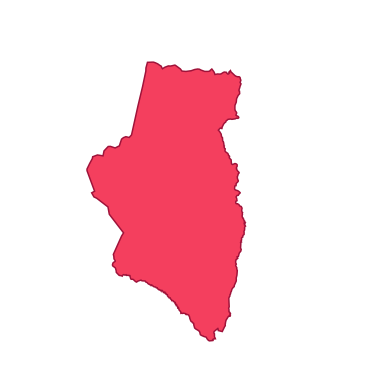 the district of Ulma, Suceava, Romania, rotated 321°
{"feature_id": "2599482B36214324611415", "entity_name": "Ulma", "entity_type": "district", "adm_level": 2, "iso_a3": "ROU", "parent_name": "Romania", "parent_adm1": "Suceava", "projection": "albers", "projection_center": [25.264, 47.853], "detail": "fine", "context": "isolated", "style": "filled", "palette": "rose", "viewbox_px": 384, "rotation_deg": 321, "n_neighbors": 0, "source": "geoboundaries", "source_scale": "gbopen_adm2", "svg_char_len": 6038}
<svg xmlns="http://www.w3.org/2000/svg" viewBox="0 0 384 384"><g transform="rotate(321 192 192)"><path d="M239.0,63.2L234.3,66.6L232.2,69.0L219.9,79.0L203.9,91.3L180.9,109.6L177.5,110.1L175.4,107.4L172.9,106.6L170.5,106.6L164.6,110.4L160.0,109.4L157.3,105.2L155.5,103.9L149.5,104.7L145.6,107.9L141.8,103.7L137.0,102.1L135.6,103.3L130.3,105.5L124.8,108.1L123.8,109.4L116.8,130.1L113.5,129.5L112.7,134.1L114.0,136.8L117.3,150.7L113.7,157.3L113.1,180.7L109.6,181.9L91.6,191.0L90.7,192.9L89.3,194.9L89.1,197.0L88.9,197.4L88.4,197.6L86.7,197.3L86.0,197.4L84.6,198.3L84.1,198.9L83.9,199.8L84.6,202.4L84.6,203.0L83.6,205.3L82.6,206.8L82.6,207.3L82.9,210.8L83.2,211.3L84.5,212.7L84.8,213.5L86.4,213.0L86.7,213.1L87.0,213.3L87.5,214.3L88.8,214.8L88.8,215.2L88.5,215.4L88.6,215.6L89.3,216.0L90.3,217.0L90.5,217.5L91.1,217.7L91.1,218.1L90.4,219.3L89.7,221.0L90.0,221.7L90.9,222.4L91.3,223.0L91.7,226.0L92.2,227.1L94.2,227.3L96.9,228.4L97.2,229.5L99.5,231.6L99.6,232.2L99.4,232.6L99.5,233.0L100.1,234.1L100.2,234.7L100.1,235.3L100.5,236.6L100.9,237.0L100.9,237.6L101.4,238.2L101.3,239.0L101.7,239.1L102.2,238.9L102.3,239.1L102.3,240.1L102.6,240.5L102.6,241.3L103.4,242.5L104.0,243.0L103.9,243.8L104.3,244.5L104.7,244.7L104.4,245.5L104.7,246.8L104.8,247.3L105.4,247.5L105.4,248.3L105.8,248.8L105.7,249.6L106.2,249.3L106.7,249.5L106.7,249.9L106.9,250.3L106.6,252.1L106.7,252.4L106.9,252.5L107.5,252.4L107.9,252.7L107.9,252.9L107.2,253.1L107.4,253.6L107.4,254.4L107.9,254.5L107.7,255.5L108.3,256.3L107.6,257.1L107.6,257.9L107.5,258.3L107.8,258.8L107.6,259.9L108.4,260.5L108.0,261.6L108.2,262.4L108.2,262.8L107.9,263.6L108.2,263.7L108.7,264.3L108.8,264.9L108.6,265.4L108.9,265.6L109.1,266.7L109.5,267.3L109.4,267.5L108.8,267.7L109.0,268.6L108.5,269.0L108.8,269.8L108.6,270.0L109.0,270.1L108.5,271.2L108.7,272.1L108.3,272.5L108.2,272.7L108.6,273.2L108.0,273.5L108.3,273.8L108.3,274.2L107.7,275.6L107.8,276.0L107.8,278.0L107.6,278.7L107.1,279.0L107.0,279.4L107.8,279.7L108.1,280.3L109.1,280.8L110.5,282.6L110.2,283.1L110.2,283.4L110.4,283.7L111.0,283.9L112.0,285.5L111.7,286.4L111.6,287.3L110.7,289.0L109.9,291.5L109.9,292.2L110.3,292.9L110.1,293.9L110.6,295.0L110.5,295.3L109.7,296.5L108.5,299.3L108.7,300.8L109.7,303.4L110.0,304.8L109.8,305.9L108.8,307.9L108.7,308.3L109.6,310.5L110.0,311.0L110.4,312.0L111.5,313.4L111.6,314.0L111.3,315.9L111.4,317.7L111.9,318.7L114.8,320.6L115.1,320.5L115.1,319.9L115.7,319.7L116.4,319.9L117.8,320.8L118.1,319.9L118.2,318.9L120.2,316.3L120.1,316.1L120.3,315.4L120.9,314.6L121.8,314.3L126.2,314.3L126.0,315.1L125.2,316.2L127.7,319.5L132.8,317.1L133.7,316.9L134.8,315.4L135.5,315.0L135.8,314.6L137.7,313.1L141.7,311.7L142.0,311.7L143.2,312.3L143.3,311.9L143.6,312.2L143.8,311.8L144.1,311.9L144.2,311.3L145.1,311.0L145.0,310.6L145.3,310.5L145.3,310.1L145.5,310.0L145.6,309.1L145.4,308.7L145.5,308.6L145.7,307.8L146.2,307.4L147.0,306.2L147.4,305.3L148.6,304.7L153.7,297.8L154.8,297.1L156.0,296.7L156.7,295.8L157.8,295.4L159.1,294.3L160.0,294.0L161.8,292.7L163.9,292.1L165.2,292.1L166.1,291.2L170.4,289.0L171.5,287.7L172.2,286.7L174.6,284.9L177.8,281.5L178.0,280.7L178.4,280.2L178.4,279.8L179.2,279.0L179.3,278.2L179.7,276.6L180.1,276.2L181.0,276.0L181.2,275.5L181.2,274.6L182.0,273.9L182.4,273.1L182.9,272.9L183.8,272.2L184.3,272.5L185.0,272.2L185.8,272.3L185.9,271.4L186.4,270.7L187.1,271.2L187.6,271.2L189.7,269.6L190.6,269.1L192.7,268.7L194.1,267.6L194.5,266.1L197.5,262.8L197.9,261.9L199.0,262.0L199.0,261.1L199.1,260.9L199.9,260.8L200.5,260.3L201.5,259.0L202.2,258.8L203.0,259.0L203.3,258.8L203.7,258.2L204.4,257.8L205.7,257.8L207.0,256.3L207.6,255.3L209.0,254.6L209.3,254.1L209.8,253.8L210.1,253.0L211.6,252.1L212.1,252.2L212.2,251.8L212.2,251.2L212.1,250.6L213.1,250.1L212.7,249.4L213.1,249.1L214.0,249.2L213.8,248.7L213.8,248.2L214.6,248.0L214.5,247.0L214.8,245.9L215.1,245.5L215.0,244.4L215.4,244.0L215.3,243.3L215.4,242.9L216.3,241.7L217.0,241.3L217.4,240.5L218.4,239.8L218.3,239.0L218.7,238.1L219.4,237.2L220.6,236.2L220.9,235.5L221.1,234.2L220.5,233.3L220.4,232.6L220.5,231.2L220.2,230.5L220.1,229.9L219.2,229.1L219.0,228.7L219.2,227.9L220.2,226.8L221.5,227.1L222.7,225.1L223.1,223.6L224.9,223.0L225.9,223.7L227.1,223.2L228.6,223.1L229.0,222.8L228.8,221.2L228.4,219.8L227.1,217.8L226.9,217.1L227.0,216.4L228.9,214.4L229.3,214.3L230.2,214.8L231.7,213.2L234.3,212.9L235.0,212.5L235.8,210.1L236.8,208.6L237.4,208.4L239.4,207.0L240.7,206.8L240.9,206.0L240.7,204.4L241.0,202.1L241.2,201.8L241.6,201.7L242.1,200.8L243.3,200.4L244.2,199.3L244.2,198.4L243.9,197.7L243.3,196.9L240.9,196.2L240.6,195.8L240.5,195.3L240.7,194.5L242.7,191.5L242.5,190.0L242.5,188.9L243.6,188.0L243.7,187.6L243.4,186.6L243.9,185.6L244.1,184.5L243.5,182.4L243.4,181.5L243.5,180.8L245.0,179.3L244.8,178.6L245.1,177.6L245.5,176.9L246.1,176.6L246.0,176.1L246.4,175.6L247.7,173.4L248.0,172.7L248.0,171.6L249.9,168.9L249.8,167.9L250.0,167.2L251.1,165.4L251.5,162.4L251.4,160.5L254.0,160.1L254.6,160.4L254.7,161.0L255.2,161.5L256.3,160.5L259.4,159.1L260.8,158.8L262.1,158.9L263.6,158.1L264.4,158.3L265.7,158.2L267.7,159.4L268.7,160.6L271.7,162.4L272.9,162.6L274.1,163.7L275.1,163.7L275.4,163.0L275.4,162.3L274.5,160.3L274.5,159.9L276.5,158.7L276.8,157.3L276.8,156.1L277.0,155.5L277.8,154.2L279.9,151.7L283.0,150.0L285.3,147.6L288.6,146.0L290.9,145.6L292.4,143.5L292.2,143.0L292.7,142.3L295.0,140.8L295.4,140.4L298.0,138.9L298.2,138.7L298.2,137.3L298.6,136.9L300.1,136.1L300.5,135.4L300.8,134.4L301.3,133.6L301.4,132.9L301.1,132.0L300.1,131.3L299.0,129.7L298.6,128.5L297.9,123.1L298.3,121.8L296.0,122.1L296.1,123.0L294.9,123.2L294.1,123.0L293.8,121.5L294.1,120.7L292.7,119.2L291.7,118.8L289.0,118.5L287.8,117.9L286.2,116.4L283.8,115.1L284.4,113.5L284.7,112.1L284.8,108.9L282.9,108.9L281.9,109.2L280.5,108.5L277.7,106.2L275.9,103.2L275.0,101.2L273.8,100.0L271.2,98.5L267.6,97.2L263.2,94.5L261.2,92.6L260.3,91.7L260.4,89.0L258.8,83.0L258.4,82.5L254.7,80.7L252.9,79.1L249.2,77.9L246.7,77.7L246.7,76.9L247.2,74.9L247.2,74.5L246.7,73.4L246.0,70.8L244.6,68.1L243.9,67.0L243.4,66.5L239.0,63.2Z" fill="#f43f5e" stroke="#9f1239" stroke-width="1.5"/></g></svg>